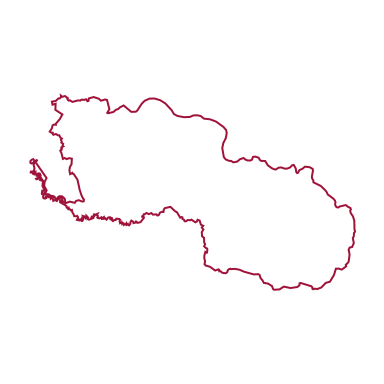 San José De Uré, Córdoba, Colombia (Mercator projection), rotated 264°
{"feature_id": "7082276B89146120642235", "entity_name": "San José De Uré", "entity_type": "district", "adm_level": 2, "iso_a3": "COL", "parent_name": "Colombia", "parent_adm1": "Córdoba", "projection": "mercator", "projection_center": [-75.56, 7.766], "detail": "fine", "context": "isolated", "style": "outline", "palette": "rose", "viewbox_px": 384, "rotation_deg": 264, "n_neighbors": 0, "source": "geoboundaries", "source_scale": "gbopen_adm2", "svg_char_len": 5913}
<svg xmlns="http://www.w3.org/2000/svg" viewBox="0 0 384 384"><g transform="rotate(264 192 192)"><path d="M262.4,217.6L263.7,211.6L266.7,208.5L267.7,205.5L268.0,201.2L266.9,198.0L267.2,192.0L269.2,185.4L271.5,182.1L275.5,180.3L282.9,174.7L286.6,170.0L288.9,164.5L289.3,159.6L287.7,154.5L285.0,151.2L278.7,146.1L277.7,144.5L278.1,139.9L285.2,133.1L283.9,129.5L282.2,127.2L281.7,124.9L279.8,122.2L279.1,116.8L279.6,116.0L283.0,118.5L292.4,117.1L293.1,115.4L292.3,111.0L294.5,109.1L296.7,104.2L295.9,99.3L293.4,98.5L293.2,97.5L295.3,96.4L294.9,94.4L295.4,91.8L294.6,90.4L295.0,88.2L294.1,82.5L296.0,80.1L295.7,79.1L296.1,78.5L297.7,77.7L298.4,78.3L300.7,75.7L300.2,73.1L301.6,71.7L300.1,71.7L298.9,70.3L299.0,68.9L296.8,66.0L296.5,62.1L293.4,62.4L294.0,65.6L288.0,64.7L282.7,71.2L278.4,68.2L274.0,63.6L273.1,63.6L273.5,61.9L272.8,60.3L269.8,59.2L266.9,56.8L265.6,58.5L265.5,59.7L264.4,59.5L263.4,60.1L263.9,62.7L262.3,64.8L262.2,66.0L259.8,66.8L258.7,68.2L257.6,67.1L255.9,67.7L254.8,67.2L253.4,68.9L251.6,68.1L250.8,68.8L250.4,67.5L248.3,66.9L248.8,66.5L247.8,66.3L246.8,65.3L244.2,66.3L238.4,67.1L239.1,69.1L237.8,70.8L238.5,73.3L237.7,76.0L232.2,75.1L229.7,73.2L226.3,72.3L222.5,72.7L223.5,74.9L222.7,75.0L222.4,76.1L221.6,76.6L216.2,79.4L206.0,80.5L200.4,81.7L196.5,83.1L196.1,83.7L194.1,83.4L193.9,82.0L195.7,78.5L195.2,75.7L193.5,74.3L195.2,69.4L194.0,64.8L197.8,64.9L199.2,64.3L201.2,62.4L201.7,59.8L200.7,57.9L199.1,56.9L199.9,55.3L201.1,55.1L202.3,53.9L203.3,50.6L204.6,49.4L205.3,46.1L206.5,45.0L207.3,46.8L209.0,47.6L213.4,45.6L217.5,46.5L221.1,48.8L237.7,39.7L238.5,39.6L239.4,41.1L239.9,40.9L239.3,38.7L241.3,37.6L240.8,35.9L239.5,34.5L237.9,34.3L237.1,35.5L237.4,36.7L238.4,37.8L237.9,38.4L235.3,37.3L232.2,37.9L229.9,37.0L229.0,36.5L229.2,34.0L228.3,33.6L227.8,35.4L226.4,36.0L226.1,36.8L228.0,37.0L228.6,38.5L226.7,38.4L226.0,39.0L226.6,41.7L226.1,42.7L224.1,43.2L223.5,42.5L225.3,40.4L225.1,39.0L224.5,39.0L224.0,40.5L222.9,41.2L222.3,40.8L221.5,38.3L221.0,38.6L220.9,39.4L222.3,43.1L220.7,43.9L220.4,42.5L219.7,42.2L219.1,43.7L219.5,44.5L218.9,45.0L213.5,43.9L209.2,45.6L208.6,44.8L209.0,43.2L206.2,42.5L205.5,42.7L204.9,44.4L202.7,43.3L201.3,43.7L200.8,45.2L201.3,46.4L202.2,46.0L203.8,46.3L202.5,46.5L203.4,48.3L202.3,48.2L201.8,48.8L201.8,50.9L200.0,50.8L201.2,52.8L197.7,53.1L198.4,54.9L197.1,56.6L200.4,59.5L200.0,61.0L198.2,62.3L195.6,62.8L195.8,61.5L197.6,60.0L195.7,59.7L191.3,65.6L189.8,65.7L189.5,67.3L188.8,66.6L187.9,67.1L187.8,68.6L186.4,69.5L186.7,70.7L184.1,70.9L182.4,71.9L180.3,72.3L179.9,74.3L180.3,75.2L179.2,75.9L177.7,75.9L177.0,76.4L176.8,74.8L176.3,74.6L175.4,77.4L176.4,78.6L174.7,79.3L174.7,79.8L177.3,80.1L176.4,80.9L178.4,81.6L179.5,81.1L178.8,83.1L177.2,83.4L178.1,84.5L179.3,84.6L177.7,85.8L177.3,85.2L176.5,85.2L176.9,85.7L175.9,85.9L175.2,86.7L176.0,89.7L176.5,88.9L177.9,89.7L177.1,91.3L178.3,91.5L178.1,92.2L179.1,93.1L179.6,92.0L180.1,92.3L179.5,93.5L180.2,95.8L178.9,94.9L178.0,95.9L176.9,95.7L176.2,94.5L176.3,95.4L175.4,96.9L176.3,99.1L175.0,99.4L176.4,101.8L175.7,101.9L175.0,102.9L174.6,102.3L174.6,103.0L173.4,104.1L175.4,106.0L175.5,107.5L174.1,107.8L174.9,108.7L174.5,109.6L173.8,109.8L172.7,109.1L171.3,110.4L172.3,111.7L172.0,113.1L173.4,113.9L172.7,117.0L171.9,117.6L170.6,116.9L168.6,117.2L169.0,117.8L168.3,118.5L169.0,118.9L168.1,119.1L168.8,119.5L168.1,120.4L166.7,120.7L167.2,121.2L166.6,121.5L166.6,122.3L167.7,123.4L166.2,123.5L166.9,124.9L165.9,125.1L165.4,125.9L166.9,127.4L168.4,127.6L169.9,128.7L168.6,130.4L167.2,130.6L167.5,132.7L168.5,133.0L168.3,133.8L167.3,134.0L167.0,134.8L167.4,137.7L171.4,141.5L172.1,141.4L172.5,139.9L173.0,139.9L173.8,141.3L174.9,141.7L174.8,142.5L175.9,144.5L174.5,146.8L175.3,149.4L173.6,150.7L173.5,154.3L172.4,154.9L172.2,155.5L172.6,156.6L174.8,158.0L175.5,160.1L175.1,161.5L177.6,162.2L178.8,163.4L179.5,169.0L174.5,173.3L173.5,174.9L167.7,177.6L168.2,179.0L167.8,179.8L166.2,179.7L165.3,181.1L163.7,181.6L163.5,182.9L164.6,184.8L164.1,187.4L164.6,188.5L161.5,192.2L162.1,193.7L163.8,194.6L162.8,196.6L158.6,197.4L157.2,199.6L155.6,198.0L153.5,199.4L151.0,197.5L146.9,197.4L145.1,199.2L140.6,198.8L138.7,199.6L136.7,198.4L135.2,199.6L134.2,201.1L133.4,201.3L130.2,200.6L130.1,200.0L131.0,199.0L127.9,197.8L125.5,197.3L121.2,197.7L119.0,196.9L117.5,197.8L115.8,202.0L111.5,206.8L112.3,210.4L111.7,210.9L110.3,210.8L110.2,212.2L108.9,213.2L108.1,214.8L107.7,217.2L108.7,218.7L110.4,219.4L111.3,220.5L111.7,222.1L111.2,222.7L111.1,226.5L109.7,231.2L107.4,235.2L103.6,244.8L103.3,249.5L102.5,250.5L99.2,251.2L96.7,252.9L94.1,253.9L93.0,258.0L90.1,261.7L87.0,262.5L86.2,263.4L86.0,268.9L88.3,273.4L86.2,280.0L86.5,286.8L87.9,289.1L89.9,289.4L90.2,290.5L85.8,300.8L84.5,301.8L83.2,301.6L82.6,302.3L83.0,304.2L82.4,306.4L83.5,310.6L87.6,315.5L88.4,319.8L94.6,324.5L100.7,327.1L100.5,329.8L99.2,332.9L102.0,337.6L103.5,337.3L105.8,340.2L107.9,340.9L113.4,342.2L118.1,341.7L120.3,343.0L120.5,345.4L124.2,347.6L129.3,347.1L131.1,348.3L134.3,348.8L135.5,350.0L138.2,349.7L146.3,350.4L150.8,349.6L154.6,347.6L157.1,347.4L158.1,348.2L159.5,347.9L161.4,345.0L162.5,344.3L162.9,343.1L162.1,337.2L161.3,335.8L161.7,334.4L162.7,333.5L164.8,333.0L166.7,333.6L168.5,333.3L170.5,332.0L175.4,326.7L177.7,326.0L179.7,324.8L184.5,320.8L188.9,313.8L191.1,313.8L192.8,312.9L194.7,312.8L200.8,314.6L202.4,314.4L204.3,311.7L205.4,307.1L203.5,304.1L202.6,301.2L200.0,299.4L199.9,298.4L200.9,297.8L204.7,297.6L208.3,296.0L208.1,294.4L206.1,292.0L205.3,288.8L205.6,286.5L207.1,283.3L207.1,280.6L205.6,277.7L206.0,276.2L207.3,273.9L210.6,270.2L215.2,268.0L215.7,264.1L216.6,263.0L219.2,261.8L220.6,258.5L220.5,256.3L217.9,255.0L217.2,253.4L217.6,250.5L218.6,248.6L220.4,246.8L219.6,243.2L217.5,240.1L217.2,236.9L217.3,236.0L218.8,234.2L219.1,232.2L220.8,229.0L223.4,227.3L232.5,226.7L237.5,228.3L241.6,231.0L245.1,232.2L247.2,232.7L250.1,232.4L253.4,230.1L259.5,223.3L262.4,217.6Z" fill="none" stroke="#9f1239" stroke-width="2"/></g></svg>